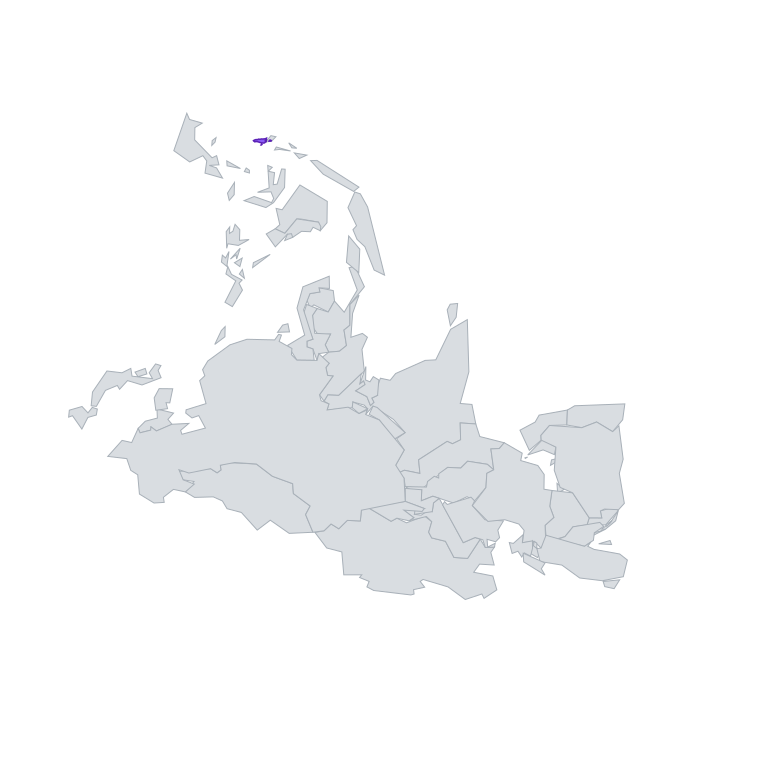 East Timor highlighted on a map of Asia, rotated 199°
{"feature_id": "TLS", "entity_name": "East Timor", "entity_type": "country or territory", "adm_level": 0, "iso_a3": "TLS", "parent_name": "Asia", "parent_adm1": "", "projection": "natural_earth1", "projection_center": [125.525, -8.826], "detail": "fine", "context": "in_parent", "style": "filled", "palette": "violet", "viewbox_px": 768, "rotation_deg": 199, "n_neighbors": 45, "source": "natural_earth", "source_scale": "50m", "svg_char_len": 13843}
<svg xmlns="http://www.w3.org/2000/svg" viewBox="0 0 768 768"><g transform="rotate(199 384 384)"><path d="M401.0,221.2L392.9,225.7L388.5,234.4L379.6,232.4L374.3,243.1L361.8,246.8L364.3,257.3L360.5,262.3L332.6,256.5L328.2,261.3L317.5,260.1L302.7,272.4L294.0,269.4L293.5,258.4L288.8,254.0L274.7,255.3L261.4,242.8L248.2,246.3L242.5,268.6L235.0,262.4L226.5,265.7L228.2,259.6L220.9,248.7L235.0,244.8L237.9,235.2L218.6,237.9L210.3,226.1L219.6,213.9L223.1,217.3L237.0,206.7L257.4,213.0L283.5,211.9L285.5,209.1L279.4,205.1L289.1,199.2L287.2,195.2L289.9,193.3L326.4,185.4L334.1,186.6L333.8,192.5L344.1,193.1L342.9,196.3L359.9,190.5L369.2,211.5L384.8,210.3L401.0,221.2Z" fill="#d9dde1" stroke="#a8b0b8" stroke-width="1"/><path d="M242.5,268.6L248.2,246.3L261.4,242.8L274.7,255.3L288.8,254.0L293.5,258.4L294.0,269.4L300.8,272.5L315.8,262.8L312.3,267.3L324.2,271.2L317.2,275.6L311.6,275.2L312.8,270.7L306.1,272.1L300.8,279.3L296.8,279.0L298.5,287.7L294.6,293.9L257.4,259.8L247.9,268.5L242.5,268.6Z" fill="#d9dde1" stroke="#a8b0b8" stroke-width="1"/><path d="M658.7,536.2L658.6,575.8L654.0,570.8L640.8,571.5L646.3,564.9L642.5,553.2L620.2,541.9L616.6,545.4L611.4,537.5L620.4,533.8L612.7,533.8L603.7,526.1L621.9,525.1L624.2,537.2L629.6,540.9L640.0,530.7L658.7,536.2ZM574.6,574.4L571.8,582.0L566.7,582.6L569.4,576.9L574.6,574.4ZM623.0,562.3L622.5,557.7L624.5,553.5L625.7,558.2L623.0,562.3ZM537.4,495.3L534.4,500.7L543.2,514.9L537.0,515.6L528.3,544.8L497.1,538.2L490.4,517.9L494.2,508.2L498.6,515.7L515.9,513.0L520.2,511.7L526.8,494.2L537.4,495.3ZM589.9,541.0L603.4,539.2L605.3,543.8L589.9,541.0ZM584.6,543.4L580.9,542.3L579.9,539.7L585.2,539.4L584.6,543.4ZM590.1,507.2L594.1,513.5L591.0,525.9L587.3,514.2L590.1,507.2ZM553.1,512.4L576.0,511.8L567.8,519.0L549.4,518.9L548.7,523.5L553.4,528.9L566.0,524.1L556.4,532.0L565.1,552.8L560.2,552.5L562.7,547.5L556.3,548.2L553.6,536.4L550.1,538.2L550.8,554.0L547.4,554.9L542.0,537.4L547.5,519.5L553.1,512.4ZM552.6,581.0L543.2,578.5L548.0,577.3L552.6,581.0ZM548.2,573.9L559.1,571.8L563.7,569.6L563.0,573.0L548.2,573.9ZM537.5,569.6L544.0,573.3L531.5,575.3L537.5,569.6ZM475.4,556.2L509.8,562.6L526.1,571.3L520.1,573.6L471.8,562.0L475.4,556.2ZM461.5,524.7L475.5,539.0L474.1,556.0L468.3,556.1L457.1,546.0L418.9,487.1L430.4,488.5L446.8,507.6L456.5,511.9L463.6,519.8L461.5,524.7Z" fill="#d9dde1" stroke="#a8b0b8" stroke-width="1"/><path d="M131.3,317.5L124.9,326.1L121.3,340.6L120.4,330.1L127.4,318.7L131.3,317.5Z" fill="#d9dde1" stroke="#a8b0b8" stroke-width="1"/><path d="M136.7,311.8L127.5,318.6L136.5,309.4L136.7,311.8Z" fill="#d9dde1" stroke="#a8b0b8" stroke-width="1"/><path d="M128.6,322.9L123.9,329.2L127.0,322.0L128.6,322.9Z" fill="#d9dde1" stroke="#a8b0b8" stroke-width="1"/><path d="M128.6,322.9L146.2,316.8L146.4,324.3L134.5,328.3L138.1,334.4L126.6,342.4L121.3,340.6L128.6,322.9Z" fill="#d9dde1" stroke="#a8b0b8" stroke-width="1"/><path d="M199.9,372.7L212.1,373.5L225.0,363.7L215.9,383.4L200.9,380.3L199.9,372.7Z" fill="#d9dde1" stroke="#a8b0b8" stroke-width="1"/><path d="M196.4,369.6L196.7,365.2L200.1,361.3L200.9,366.8L196.4,369.6Z" fill="#d9dde1" stroke="#a8b0b8" stroke-width="1"/><path d="M184.3,337.2L188.1,346.4L179.4,343.0L184.3,337.2Z" fill="#d9dde1" stroke="#a8b0b8" stroke-width="1"/><path d="M146.4,324.3L146.2,316.8L158.8,310.5L163.2,298.6L172.2,292.4L181.6,293.7L185.7,302.8L180.0,313.2L187.5,322.4L190.5,338.0L170.2,342.5L146.4,324.3Z" fill="#d9dde1" stroke="#a8b0b8" stroke-width="1"/><path d="M217.1,382.1L225.0,368.6L240.4,384.6L228.7,397.2L227.2,405.1L202.1,419.1L197.8,404.8L214.0,398.7L218.9,386.5L217.1,382.1ZM226.7,360.1L224.4,361.7L226.2,359.6L226.7,360.1Z" fill="#d9dde1" stroke="#a8b0b8" stroke-width="1"/><path d="M457.8,446.3L460.2,433.9L476.1,436.0L478.5,431.8L484.2,438.1L483.4,445.4L474.6,450.1L476.8,453.8L462.4,455.8L457.8,446.3Z" fill="#d9dde1" stroke="#a8b0b8" stroke-width="1"/><path d="M471.8,433.6L460.2,433.9L457.8,446.3L445.0,438.9L439.9,464.2L454.9,482.6L449.7,485.8L434.2,469.6L442.1,448.1L435.4,428.4L439.4,422.0L432.0,408.2L436.8,400.5L446.6,396.1L452.4,401.9L450.8,413.8L462.1,409.0L469.7,414.4L473.9,425.7L471.8,433.6Z" fill="#d9dde1" stroke="#a8b0b8" stroke-width="1"/><path d="M483.1,434.0L471.8,433.6L473.9,425.7L466.0,409.4L450.8,413.8L452.4,401.9L446.6,396.1L455.5,391.5L455.0,384.5L462.6,394.0L468.9,394.0L470.8,399.4L465.8,403.2L482.9,423.6L483.1,434.0Z" fill="#d9dde1" stroke="#a8b0b8" stroke-width="1"/><path d="M446.6,396.1L436.8,400.5L432.0,408.2L439.4,422.0L435.4,428.4L442.1,448.1L436.5,460.0L436.7,440.6L430.5,417.4L420.9,424.8L414.9,422.8L416.1,409.6L406.8,389.7L423.1,358.5L433.5,355.4L435.0,348.2L441.5,352.8L434.8,374.9L440.2,373.8L444.3,380.7L442.6,385.7L452.3,387.4L446.6,396.1Z" fill="#d9dde1" stroke="#a8b0b8" stroke-width="1"/><path d="M466.7,456.6L476.8,453.8L474.6,450.1L483.4,445.4L484.2,427.9L465.8,403.2L470.8,399.4L468.9,394.0L462.6,394.0L457.7,383.6L474.1,378.2L487.7,389.2L474.9,404.4L491.0,427.5L492.3,449.5L470.9,468.1L466.7,456.6Z" fill="#d9dde1" stroke="#a8b0b8" stroke-width="1"/><path d="M602.0,262.0L597.6,271.1L587.2,278.0L590.5,286.4L573.5,288.0L576.8,280.2L571.4,276.9L575.3,273.0L583.9,265.5L590.4,267.6L589.6,264.4L598.8,258.4L602.0,262.0Z" fill="#d9dde1" stroke="#a8b0b8" stroke-width="1"/><path d="M580.6,290.2L591.2,284.9L596.8,296.1L595.1,306.4L582.2,310.7L580.4,296.4L584.0,295.4L580.6,290.2Z" fill="#d9dde1" stroke="#a8b0b8" stroke-width="1"/><path d="M402.9,220.7L425.0,211.9L447.2,218.2L456.3,204.6L477.0,216.1L491.8,215.0L498.7,220.8L508.7,221.7L526.2,215.1L536.7,217.3L531.9,230.0L542.7,228.0L550.5,234.1L520.4,247.5L512.9,245.7L510.2,249.6L512.3,253.9L505.2,259.1L478.6,266.8L459.4,260.4L437.9,260.0L434.0,250.9L414.1,244.6L415.6,235.0L402.9,220.7Z" fill="#d9dde1" stroke="#a8b0b8" stroke-width="1"/><path d="M435.0,348.2L433.5,355.4L423.1,358.5L408.9,386.2L406.8,376.5L404.3,380.4L401.7,377.3L408.5,368.3L396.1,366.5L389.8,359.3L387.6,363.4L391.0,366.7L386.4,371.2L389.4,372.8L389.3,388.3L379.4,389.5L376.4,397.7L352.8,419.7L342.9,423.7L338.8,457.4L326.2,472.0L307.7,423.1L305.6,390.4L294.2,393.3L284.2,376.1L299.3,372.0L293.4,356.2L299.8,349.8L305.6,350.3L326.6,323.6L320.9,311.1L336.6,309.1L342.2,303.9L346.5,311.1L343.4,328.2L354.3,336.4L348.2,344.9L363.6,353.6L387.2,359.5L391.4,349.2L391.5,355.3L395.9,357.6L407.6,356.9L406.3,351.2L429.4,340.9L429.6,347.2L435.0,348.2Z" fill="#d9dde1" stroke="#a8b0b8" stroke-width="1"/><path d="M406.8,376.5L406.8,394.6L402.7,381.8L398.0,381.5L396.5,387.5L390.2,386.1L386.4,371.2L391.0,366.7L387.6,363.4L389.8,359.3L396.1,366.5L408.5,368.3L401.7,377.3L404.3,380.4L406.8,376.5Z" fill="#d9dde1" stroke="#a8b0b8" stroke-width="1"/><path d="M406.3,351.2L407.6,356.9L391.5,355.3L398.0,347.9L406.3,351.2Z" fill="#d9dde1" stroke="#a8b0b8" stroke-width="1"/><path d="M388.2,350.5L387.2,359.5L382.9,359.6L348.2,344.9L356.6,334.9L376.8,348.5L388.2,350.5Z" fill="#d9dde1" stroke="#a8b0b8" stroke-width="1"/><path d="M342.2,303.9L336.6,309.1L320.9,311.1L326.6,323.6L305.6,350.3L299.8,349.8L293.4,356.2L299.3,372.0L284.2,376.1L276.3,365.5L251.2,367.6L254.0,360.5L261.8,357.4L252.3,338.6L260.2,341.7L279.8,338.2L284.1,329.5L296.6,325.9L313.6,297.7L330.5,293.9L334.4,301.5L342.2,303.9Z" fill="#d9dde1" stroke="#a8b0b8" stroke-width="1"/><path d="M279.4,294.1L301.3,293.8L310.7,285.7L313.9,296.3L321.6,291.7L330.5,293.9L310.3,300.4L311.1,306.0L306.4,313.1L301.7,312.9L303.0,317.0L296.6,325.9L284.1,329.5L279.8,338.2L260.2,341.7L252.3,338.6L257.7,333.0L253.9,319.3L260.3,303.0L268.8,304.5L279.4,294.1Z" fill="#d9dde1" stroke="#a8b0b8" stroke-width="1"/><path d="M294.6,293.9L298.5,287.7L296.8,279.0L312.8,270.7L313.7,275.0L305.3,279.4L325.7,279.9L329.9,292.2L313.9,296.3L310.7,285.7L301.3,293.8L294.6,293.9Z" fill="#d9dde1" stroke="#a8b0b8" stroke-width="1"/><path d="M315.8,262.8L328.2,261.3L332.6,256.5L360.5,262.3L325.7,279.9L305.3,279.4L306.5,275.9L324.2,271.2L312.3,267.3L315.8,262.8Z" fill="#d9dde1" stroke="#a8b0b8" stroke-width="1"/><path d="M226.5,265.7L235.0,262.4L239.9,268.9L247.9,268.5L257.4,259.8L289.3,288.8L288.4,292.5L285.0,290.7L264.9,305.3L260.3,303.0L260.9,297.8L244.3,288.5L226.5,293.5L228.8,282.9L224.7,276.3L227.1,271.2L236.0,270.7L232.9,263.6L227.0,269.6L226.5,265.7Z" fill="#d9dde1" stroke="#a8b0b8" stroke-width="1"/><path d="M190.5,338.0L187.5,322.4L180.0,313.2L185.7,302.8L180.2,288.8L182.1,280.0L190.8,284.1L201.5,279.0L203.9,291.2L210.9,295.5L225.7,295.0L241.0,287.9L260.9,297.8L253.9,319.3L257.7,333.0L252.3,338.6L261.8,357.4L254.0,360.5L251.2,367.6L230.8,363.6L229.8,356.1L212.0,357.0L203.1,350.6L198.5,336.6L190.5,338.0Z" fill="#d9dde1" stroke="#a8b0b8" stroke-width="1"/><path d="M129.9,320.9L136.7,311.8L135.1,304.4L141.6,295.8L169.8,293.3L163.2,298.6L158.8,310.5L134.9,323.4L129.9,320.9Z" fill="#d9dde1" stroke="#a8b0b8" stroke-width="1"/><path d="M192.6,284.0L181.3,274.9L182.4,269.9L191.5,271.6L192.6,284.0Z" fill="#d9dde1" stroke="#a8b0b8" stroke-width="1"/><path d="M181.6,293.7L141.6,295.8L137.0,301.9L138.5,296.9L131.6,296.0L105.8,300.0L96.6,296.8L95.0,279.7L113.5,269.1L135.8,264.3L156.9,270.7L178.7,266.9L185.9,278.2L182.1,280.0L181.6,293.7ZM99.8,265.4L109.3,264.3L112.5,268.6L97.4,275.6L99.8,265.4Z" fill="#d9dde1" stroke="#a8b0b8" stroke-width="1"/><path d="M348.4,474.7L347.4,481.0L340.6,484.1L337.5,470.6L340.2,460.7L348.4,474.7Z" fill="#d9dde1" stroke="#a8b0b8" stroke-width="1"/><path d="M494.5,409.7L490.3,402.5L501.5,398.2L499.0,406.7L494.5,409.7ZM325.7,279.9L364.3,257.3L361.8,246.8L374.3,243.1L379.6,232.4L388.5,234.4L392.9,225.7L402.9,220.7L415.6,235.0L414.1,244.6L434.0,250.9L437.9,260.0L459.4,260.4L478.6,266.8L499.5,261.2L512.3,253.9L510.2,249.6L512.9,245.7L520.4,247.5L539.5,236.3L550.0,236.2L542.7,228.0L530.8,227.6L536.7,217.3L548.8,215.8L555.7,205.1L553.3,200.5L562.7,196.6L579.4,200.3L587.3,218.0L595.3,219.9L602.9,229.7L621.6,225.6L613.3,245.4L603.5,246.5L602.0,262.0L598.8,258.4L589.6,264.4L590.4,267.6L583.9,265.5L571.4,276.9L555.7,283.2L561.2,273.9L558.7,270.7L538.5,284.2L548.9,293.8L554.5,289.4L562.0,292.0L562.7,295.2L545.9,307.5L559.4,327.2L556.1,333.4L560.2,338.5L558.1,348.4L542.4,370.9L528.1,381.7L501.7,390.1L499.8,396.6L496.9,396.9L497.0,390.1L482.6,387.6L481.1,381.6L474.1,378.2L455.0,384.5L455.5,391.5L442.6,385.7L444.3,380.7L440.2,373.8L434.8,374.9L441.5,352.8L438.0,347.7L429.6,347.2L429.4,340.9L410.4,350.4L398.0,347.9L391.5,354.0L391.4,349.2L376.8,348.5L343.4,328.2L346.5,311.1L334.4,301.5L325.7,279.9Z" fill="#d9dde1" stroke="#a8b0b8" stroke-width="1"/><path d="M556.9,366.3L555.2,381.6L552.9,386.6L549.8,376.9L556.9,366.3Z" fill="#d9dde1" stroke="#a8b0b8" stroke-width="1"/><path d="M197.4,265.2L202.9,269.5L207.7,265.5L213.9,274.9L209.8,275.4L203.5,286.7L201.5,279.0L192.6,284.0L190.1,277.1L189.4,268.9L196.4,270.0L197.4,265.2ZM190.8,284.1L187.7,283.3L185.9,278.2L190.0,279.7L190.8,284.1Z" fill="#d9dde1" stroke="#a8b0b8" stroke-width="1"/><path d="M169.5,255.7L194.0,261.3L197.3,269.3L173.5,267.2L175.1,260.5L169.5,255.7Z" fill="#d9dde1" stroke="#a8b0b8" stroke-width="1"/><path d="M555.2,446.2L550.4,438.5L556.6,440.9L555.2,446.2ZM564.2,465.6L564.0,454.2L566.0,458.0L569.9,452.1L564.2,465.6ZM576.9,461.1L582.8,476.7L581.0,482.3L579.1,476.1L576.6,479.2L576.8,486.5L570.6,483.0L567.4,472.8L558.6,476.7L566.8,467.6L577.2,465.8L576.9,461.1ZM547.0,456.2L533.8,469.5L546.1,451.3L547.0,456.2ZM561.0,409.5L557.7,433.3L569.3,436.6L569.9,444.2L563.9,438.0L552.0,436.1L553.9,432.1L548.4,426.7L552.6,407.8L561.0,409.5ZM559.1,456.9L558.5,448.1L564.9,450.0L559.1,456.9ZM577.4,446.4L578.8,453.2L574.8,451.6L573.7,458.8L570.9,444.0L577.4,446.4Z" fill="#d9dde1" stroke="#a8b0b8" stroke-width="1"/><path d="M444.1,481.1L459.1,486.8L465.6,512.5L450.8,503.6L444.1,481.1ZM537.4,495.3L526.8,494.2L520.2,511.7L498.6,515.7L495.0,512.3L494.2,508.2L502.1,509.1L503.2,504.0L511.7,501.5L518.1,492.9L524.1,494.2L531.4,478.3L544.2,487.5L537.4,495.3Z" fill="#d9dde1" stroke="#a8b0b8" stroke-width="1"/><path d="M524.6,487.3L524.1,494.2L520.4,496.0L518.1,492.9L524.6,487.3Z" fill="#d9dde1" stroke="#a8b0b8" stroke-width="1"/><path d="M657.0,281.5L650.2,306.1L635.4,309.3L628.5,316.3L624.8,309.4L604.6,313.7L609.7,318.2L606.5,328.6L600.9,328.8L602.0,323.3L596.8,317.4L612.5,304.3L627.6,303.7L632.3,292.9L635.7,295.8L645.3,287.3L648.7,269.2L653.8,268.1L657.0,281.5ZM668.2,252.6L671.4,250.0L673.0,256.8L662.2,264.4L654.5,260.3L652.2,266.9L646.9,267.0L645.9,261.0L653.1,256.0L655.0,243.0L668.2,252.6ZM611.5,316.3L619.0,310.8L623.3,314.2L614.8,321.0L611.5,316.3Z" fill="#d9dde1" stroke="#a8b0b8" stroke-width="1"/><path d="M197.8,404.8L202.1,419.1L196.6,425.5L149.8,443.6L146.7,427.9L152.3,413.4L170.6,417.3L182.7,407.1L197.8,404.8Z" fill="#d9dde1" stroke="#a8b0b8" stroke-width="1"/><path d="M121.3,341.5L134.9,337.5L138.1,334.4L134.5,328.3L146.4,324.3L170.2,342.5L183.8,343.6L194.9,357.8L200.9,380.3L217.1,382.1L218.9,386.5L214.0,398.7L182.7,407.1L170.6,417.3L152.3,413.4L148.3,421.0L133.4,390.8L132.4,376.1L117.9,349.4L121.3,341.5Z" fill="#d9dde1" stroke="#a8b0b8" stroke-width="1"/><path d="M129.0,302.8L119.3,309.6L116.6,306.3L129.0,302.8Z" fill="#d9dde1" stroke="#a8b0b8" stroke-width="1"/><path d="M575.1,578.2L574.9,577.4L574.7,577.1L574.6,576.9L574.5,576.6L574.5,576.4L575.2,576.2L575.5,575.8L575.5,575.3L575.4,575.2L575.2,575.1L574.6,575.5L574.4,575.4L574.3,574.7L574.9,574.2L575.3,573.3L575.7,572.9L576.4,572.6L576.7,572.5L578.9,572.0L579.5,572.0L580.9,572.0L582.7,571.9L583.2,571.8L583.8,571.6L584.4,571.3L584.7,571.1L585.0,570.9L585.5,571.1L586.3,571.3L586.5,571.4L586.7,571.6L585.8,572.6L584.7,573.4L584.1,573.6L583.4,573.8L582.9,574.1L582.5,574.6L582.0,574.8L581.3,574.9L580.8,575.1L580.3,575.4L579.7,575.8L579.4,575.9L579.1,575.9L578.6,576.1L576.9,576.8L575.8,577.5L575.1,578.2ZM569.7,577.2L570.5,576.6L571.8,576.2L571.8,576.5L571.7,577.0L571.2,577.6L570.2,577.6L569.8,577.4L569.7,577.2ZM578.1,569.9L577.8,570.9L577.4,570.7L577.8,570.1L578.0,569.9L578.1,569.9Z" fill="#8b5cf6" stroke="#5b21b6" stroke-width="1.5"/></g></svg>